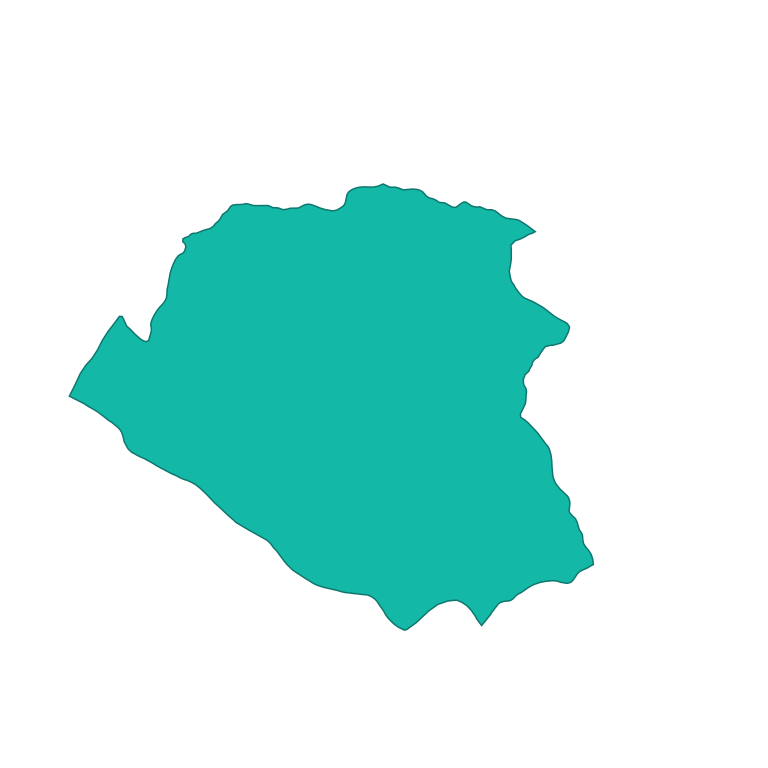 Tsangkha, Daga, Bhutan, rotated 119°
{"feature_id": "84629894B3274550477400", "entity_name": "Tsangkha", "entity_type": "district", "adm_level": 2, "iso_a3": "BTN", "parent_name": "Bhutan", "parent_adm1": "Daga", "projection": "orthographic", "projection_center": [90.044, 27.036], "detail": "fine", "context": "isolated", "style": "filled", "palette": "teal", "viewbox_px": 768, "rotation_deg": 119, "n_neighbors": 0, "source": "geoboundaries", "source_scale": "gbopen_adm2", "svg_char_len": 4743}
<svg xmlns="http://www.w3.org/2000/svg" viewBox="0 0 768 768"><g transform="rotate(119 384 384)"><path d="M547.2,653.3L546.6,637.1L547.0,630.8L547.0,624.8L547.2,621.3L548.0,615.3L548.4,612.8L549.3,607.6L549.6,603.0L550.3,599.5L550.9,596.0L551.7,593.3L553.3,590.3L555.1,588.2L557.3,586.0L560.3,583.4L563.0,579.3L564.8,576.3L566.0,572.1L566.0,568.8L566.0,564.0L565.5,557.7L565.4,551.3L565.5,546.1L565.7,542.5L565.7,538.3L565.5,529.2L565.4,525.5L564.9,521.7L564.9,517.6L564.5,513.0L563.6,508.9L563.3,504.0L563.4,499.5L564.3,494.3L565.5,489.7L566.4,486.0L567.9,481.4L570.1,474.5L571.3,469.2L572.4,464.7L573.8,459.4L574.9,454.9L575.8,450.2L576.8,446.6L577.3,431.5L577.3,423.3L577.3,416.4L577.4,410.3L578.5,406.1L580.7,401.2L582.0,397.1L587.0,386.1L589.0,381.1L591.0,373.6L591.4,369.3L591.7,364.4L592.2,358.9L592.3,354.7L592.6,350.3L592.6,346.7L592.0,342.5L590.8,337.2L589.5,332.7L587.1,324.4L586.2,320.2L585.1,316.6L583.2,312.2L581.8,308.6L580.2,305.0L578.8,301.4L576.4,296.0L576.1,291.0L576.6,287.4L577.6,284.4L579.6,280.8L582.6,274.5L585.2,270.4L586.7,267.1L587.9,263.3L589.1,258.8L589.7,253.7L589.6,250.4L589.4,246.9L587.8,245.1L584.6,243.6L580.7,241.8L577.3,240.2L573.1,238.8L566.5,236.7L560.9,234.9L554.6,231.9L550.7,230.1L546.5,226.3L543.2,223.3L540.7,220.0L537.7,215.4L537.2,209.9L537.7,204.1L539.7,197.8L541.1,195.2L542.4,192.2L544.7,188.6L546.1,185.6L547.9,181.5L535.0,179.2L530.9,178.9L525.9,178.2L521.1,177.4L518.6,176.3L515.5,173.2L513.3,169.8L511.8,168.3L509.6,167.1L504.9,165.9L501.8,164.3L499.9,162.9L496.5,161.3L492.1,159.1L488.3,156.9L486.6,155.6L483.4,152.7L481.8,151.2L478.4,147.2L474.0,140.7L472.4,136.9L471.8,133.4L469.7,127.5L468.1,125.5L466.2,124.2L464.0,123.6L459.8,123.1L456.7,123.0L453.3,122.0L450.2,119.9L446.2,116.9L442.4,114.7L440.4,113.3L436.3,116.3L432.9,119.8L430.5,123.9L428.5,129.2L426.8,132.1L423.9,134.6L420.8,136.5L418.9,138.4L416.5,142.9L413.4,145.9L410.9,148.5L409.0,151.3L407.8,155.8L407.0,158.3L405.6,160.4L398.8,163.3L396.8,164.5L394.2,167.1L393.0,169.5L390.5,179.3L388.8,183.4L387.2,186.6L383.6,190.9L380.6,193.1L374.1,197.5L369.9,200.0L364.6,204.0L361.1,207.5L359.1,210.4L358.3,212.9L352.4,225.6L349.9,233.3L348.1,239.1L347.2,243.3L346.9,248.3L344.3,250.1L341.8,250.3L335.5,250.6L332.4,250.9L328.5,252.5L325.3,254.1L321.8,255.5L319.2,257.5L317.2,261.0L315.4,262.6L312.3,264.4L307.3,265.1L302.8,263.5L299.8,263.9L296.0,263.7L292.8,264.6L289.0,264.0L285.9,262.2L282.2,262.1L279.8,261.9L277.0,261.7L273.0,261.0L271.2,259.0L269.6,257.4L268.5,255.4L266.2,252.9L264.2,251.0L262.6,249.2L259.0,247.7L255.6,247.6L252.5,247.8L248.9,248.0L246.2,248.7L244.1,249.4L242.3,253.0L242.1,255.8L242.3,259.9L242.3,263.5L242.1,268.2L240.7,276.9L240.0,281.4L239.8,289.0L239.8,293.4L240.7,303.1L240.2,306.0L238.9,309.8L236.0,316.1L234.6,317.9L232.4,322.5L230.6,324.1L228.1,326.3L224.5,329.2L218.6,331.1L212.9,333.3L208.2,335.9L204.3,338.0L201.2,340.3L195.3,338.8L191.0,335.0L187.3,332.4L182.6,329.7L180.5,327.6L177.4,325.6L176.0,335.6L175.8,338.1L175.4,345.1L176.0,348.0L177.7,352.1L179.8,357.7L180.0,361.3L179.7,364.5L178.7,370.4L179.4,374.5L181.1,377.2L181.9,379.6L182.5,386.1L184.1,388.3L185.4,391.5L185.7,394.5L185.2,400.8L186.3,402.6L188.6,404.0L194.7,406.8L196.1,409.7L196.2,414.4L196.1,418.5L198.4,423.9L198.1,426.4L198.1,429.3L198.4,431.5L199.3,434.4L199.1,438.0L197.2,443.3L197.2,446.7L197.8,449.3L199.4,453.1L202.7,458.1L204.9,461.2L205.5,466.3L206.5,469.9L208.9,473.9L209.5,481.8L213.8,485.0L216.8,488.6L218.0,490.7L221.5,497.5L224.4,501.7L227.2,504.5L230.0,506.6L233.5,508.1L236.2,508.2L244.4,505.7L247.7,505.7L251.5,507.6L254.9,509.7L257.5,512.8L260.0,520.2L261.1,525.4L261.7,530.6L262.4,534.5L263.0,536.7L265.2,539.8L267.0,541.2L271.4,544.0L273.3,547.0L275.8,551.4L277.8,553.2L280.5,556.8L281.3,561.9L283.7,567.0L284.0,571.6L286.0,575.3L290.7,583.6L291.6,586.2L292.4,590.2L293.3,592.4L294.9,594.0L297.3,597.6L298.4,599.8L301.1,603.3L303.3,604.3L308.2,604.7L313.8,607.3L318.9,607.4L321.4,607.7L325.8,609.3L328.3,609.6L331.0,610.7L332.9,612.0L335.7,615.0L337.6,616.7L343.1,621.2L344.9,624.2L346.6,625.5L349.6,626.4L352.3,628.8L354.5,630.2L357.2,628.8L357.7,626.2L360.0,623.8L364.3,622.9L367.3,623.4L369.8,625.3L372.0,626.2L376.2,626.7L380.8,626.5L386.6,625.7L391.3,624.6L402.5,620.7L406.4,619.6L411.2,617.1L414.8,615.9L418.7,615.9L421.2,616.3L425.8,617.5L429.9,618.1L435.7,618.4L440.9,618.0L443.4,617.5L445.8,616.4L447.7,614.8L449.7,613.5L452.4,612.7L456.0,611.9L460.1,610.9L462.4,612.8L462.8,614.9L462.9,618.0L461.8,623.0L461.1,626.2L460.4,628.3L459.1,632.6L458.1,637.2L456.2,639.7L453.8,642.9L451.9,645.8L453.1,648.2L459.6,649.0L472.5,650.9L476.1,651.1L482.8,651.5L493.1,651.1L502.5,651.7L512.4,653.9L522.1,654.7L525.0,654.5L536.2,653.7L547.2,653.3Z" fill="#14b8a6" stroke="#0f766e" stroke-width="1.5"/></g></svg>